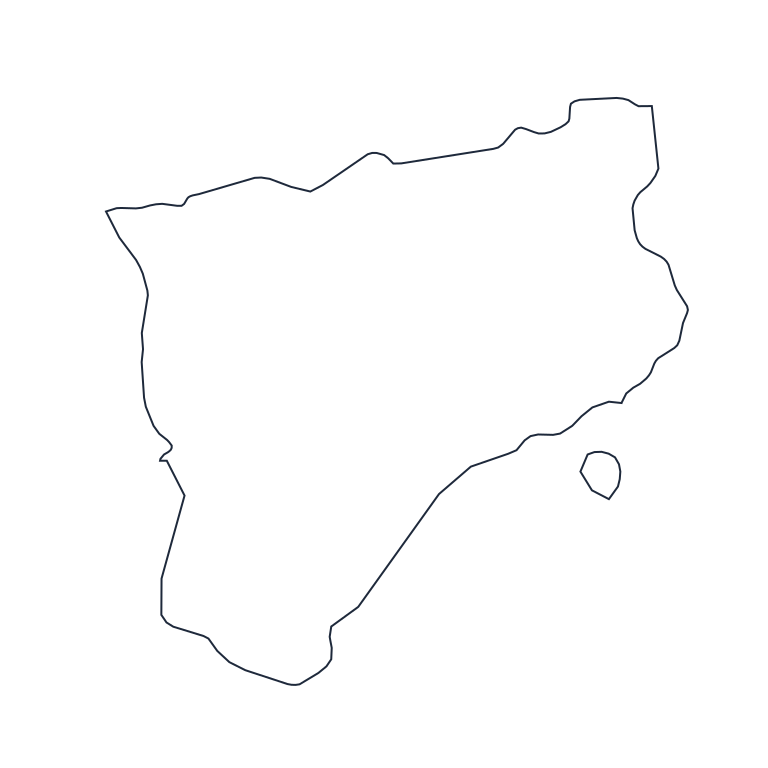 Gegharkunik, Mercator projection, rotated 96°
{"feature_id": "ARM-1672", "entity_name": "Gegharkunik", "entity_type": "Province", "adm_level": 1, "iso_a3": "ARM", "parent_name": "Armenia", "parent_adm1": "", "projection": "mercator", "projection_center": [45.283, 40.3], "detail": "fine", "context": "isolated", "style": "outline", "palette": "slate", "viewbox_px": 768, "rotation_deg": 96, "n_neighbors": 0, "source": "natural_earth", "source_scale": "10m", "svg_char_len": 2153}
<svg xmlns="http://www.w3.org/2000/svg" viewBox="0 0 768 768"><g transform="rotate(96 384 384)"><path d="M378.1,145.8L378.1,158.5L385.5,174.3L395.4,184.2L405.9,192.4L414.9,203.7L416.9,210.5L418.1,225.5L420.5,232.8L425.3,238.2L436.0,245.3L440.4,253.2L457.1,289.0L487.7,317.8L608.3,386.3L608.7,386.7L630.7,411.1L641.1,411.6L644.6,410.6L651.9,408.4L663.3,407.7L670.8,411.7L678.2,419.0L691.5,436.6L692.5,440.5L692.8,444.5L692.5,448.6L683.1,492.1L676.8,508.7L666.9,521.9L655.5,532.0L653.5,537.1L647.4,568.2L643.9,575.4L636.9,581.3L600.8,584.9L515.8,570.7L483.0,592.0L483.7,598.7L481.8,598.5L477.1,595.4L474.5,591.8L473.2,590.4L471.6,589.1L469.7,588.5L467.4,588.7L464.2,591.7L462.4,593.8L457.0,602.3L449.7,608.8L431.5,618.5L422.7,621.2L387.5,627.3L374.6,627.3L358.6,630.2L320.5,628.1L315.8,629.1L299.5,635.4L293.1,639.0L286.6,643.5L266.0,662.6L241.5,678.5L237.1,668.3L236.4,663.7L235.3,649.1L234.0,643.1L230.9,635.4L229.1,629.5L228.0,623.4L228.4,608.2L227.9,603.9L225.8,601.6L220.1,599.0L218.7,598.0L217.5,596.3L216.4,593.9L214.5,587.9L192.5,534.2L191.5,527.7L191.9,519.2L197.7,496.9L200.3,477.4L192.5,465.6L157.2,424.2L155.4,419.8L155.0,415.4L156.3,407.8L159.1,403.4L163.8,397.8L162.8,389.9L138.7,299.8L136.9,295.2L132.7,290.6L117.4,280.2L115.6,277.6L114.7,274.4L115.6,269.5L117.8,261.1L118.7,256.3L118.0,250.5L115.8,244.4L110.2,235.2L106.6,230.6L103.5,227.9L100.7,227.4L89.0,227.9L85.7,227.4L83.0,224.1L80.9,219.0L75.2,182.6L75.2,176.3L76.1,170.6L79.6,163.7L81.1,159.9L79.6,146.7L141.1,133.6L148.7,135.9L156.3,140.1L160.0,142.9L166.4,149.1L169.5,151.3L175.4,153.9L179.3,154.8L183.2,155.2L204.9,150.8L212.5,147.8L215.6,146.0L218.2,143.9L220.4,141.3L222.3,138.1L228.4,122.0L230.4,118.5L232.8,115.7L235.7,113.5L255.6,105.1L259.9,102.6L275.0,90.7L278.6,89.5L281.8,90.0L292.1,93.0L310.0,94.8L314.8,96.4L317.9,99.1L329.7,114.0L332.5,116.0L335.4,117.3L344.5,119.8L347.7,121.4L351.1,123.7L357.0,129.3L361.6,135.7L368.1,142.1L378.0,145.8L378.1,145.8ZM454.0,139.6L461.5,140.6L475.0,148.3L468.0,166.1L450.6,179.5L432.8,174.1L429.7,167.6L428.7,160.5L429.8,153.3L432.8,146.6L439.3,141.9L446.4,139.8L454.0,139.6Z" fill="none" stroke="#1e293b" stroke-width="2"/></g></svg>